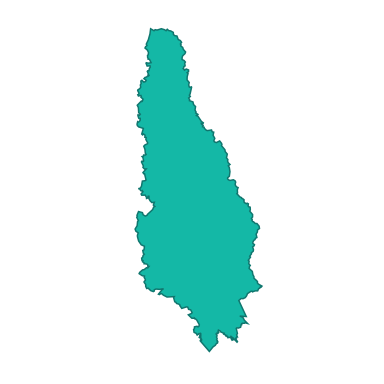 outline of Guachinango, Jalisco, Mexico, rotated 24°
{"feature_id": "50627088B196089850290", "entity_name": "Guachinango", "entity_type": "district", "adm_level": 2, "iso_a3": "MEX", "parent_name": "Mexico", "parent_adm1": "Jalisco", "projection": "albers", "projection_center": [-104.413, 20.697], "detail": "fine", "context": "isolated", "style": "filled", "palette": "teal", "viewbox_px": 384, "rotation_deg": 24, "n_neighbors": 0, "source": "geoboundaries", "source_scale": "gbopen_adm2", "svg_char_len": 6063}
<svg xmlns="http://www.w3.org/2000/svg" viewBox="0 0 384 384"><g transform="rotate(24 192 192)"><path d="M287.2,246.7L283.7,245.6L283.0,244.1L281.2,242.7L279.4,240.0L275.3,238.6L274.8,236.7L275.1,235.4L273.0,234.4L272.3,231.9L271.2,231.4L271.9,227.7L270.8,227.2L271.5,224.3L270.9,223.5L272.0,221.3L271.7,219.8L269.7,217.5L270.6,215.9L270.5,214.7L268.5,214.2L268.0,213.1L268.1,211.1L268.9,209.9L268.8,208.5L269.8,207.2L267.7,204.4L268.0,202.0L267.3,200.0L268.5,197.9L267.2,195.9L264.2,194.4L262.5,195.0L260.4,194.2L259.4,194.3L258.3,193.5L258.2,192.7L257.0,191.9L257.5,190.2L256.5,187.9L252.5,186.0L252.6,184.7L251.3,182.2L249.7,182.4L248.9,181.9L248.3,179.9L246.9,179.8L246.4,180.6L244.0,180.3L242.8,178.7L242.9,178.1L241.8,177.6L240.1,177.6L239.6,177.0L237.7,177.0L233.7,175.3L234.0,174.4L232.5,171.6L232.3,169.2L231.1,169.3L229.2,168.5L228.2,167.2L227.9,165.2L226.7,164.2L224.8,164.0L222.0,166.0L220.2,166.0L219.1,165.4L218.8,164.4L219.7,162.4L218.4,158.0L216.1,154.4L214.5,153.3L215.5,151.4L213.1,150.5L211.9,149.2L211.6,147.8L209.6,146.8L208.8,143.0L205.9,141.6L204.9,140.0L200.1,137.7L200.0,136.4L199.2,135.5L196.5,134.1L194.2,136.9L192.1,137.1L191.1,136.3L191.0,133.7L188.2,131.6L187.5,128.5L185.9,128.8L184.6,127.4L181.2,129.6L180.1,129.8L177.4,128.8L176.7,127.9L175.1,128.1L175.1,126.6L173.2,126.2L172.6,125.6L174.2,124.9L174.2,124.2L171.9,123.7L166.5,120.3L165.0,120.4L165.8,118.7L163.2,118.3L163.2,117.3L161.4,115.9L160.5,112.5L157.9,111.5L156.2,109.3L152.5,109.6L152.3,108.6L150.7,107.5L151.6,105.4L150.2,104.6L150.4,103.3L149.0,96.4L148.6,96.2L147.6,97.2L146.7,97.1L145.4,95.5L144.9,93.1L141.9,91.6L140.7,88.6L140.2,85.4L139.0,85.0L139.9,83.5L139.2,81.9L136.7,82.0L135.6,83.7L133.7,82.9L134.0,82.1L133.5,80.7L134.4,79.6L132.9,77.2L133.1,76.0L131.3,75.1L129.0,75.0L128.2,72.9L128.1,71.3L129.3,68.5L129.2,66.7L126.0,65.2L124.7,63.7L122.2,63.1L122.1,61.9L121.2,61.5L121.6,59.5L119.8,58.4L117.4,58.3L114.8,55.6L112.8,56.2L111.0,55.7L110.0,53.8L107.1,53.5L105.1,54.0L103.2,53.4L102.7,55.2L100.9,54.9L97.6,55.3L94.2,58.3L92.3,58.7L91.7,60.1L87.8,59.7L89.3,64.7L90.2,70.8L90.1,75.5L91.3,76.5L90.5,78.2L90.5,79.6L93.5,80.5L95.4,82.1L96.2,84.4L95.8,85.3L96.9,87.4L97.8,87.8L97.8,88.4L99.3,88.2L102.0,90.5L99.9,92.0L97.7,92.5L97.6,93.0L99.8,95.2L102.3,93.8L103.1,94.9L102.8,96.4L103.3,98.8L102.3,99.2L102.1,100.0L103.9,101.7L104.0,102.4L105.3,102.9L105.1,103.7L104.4,103.7L103.7,105.5L102.5,106.4L102.0,108.0L104.7,108.6L104.6,110.0L103.3,111.2L100.8,110.3L100.2,111.2L100.5,112.3L101.4,113.2L101.3,115.3L102.5,117.1L102.3,118.7L101.0,120.7L101.1,121.4L103.3,123.3L103.6,124.2L102.9,125.2L104.0,126.1L106.1,124.6L106.8,125.3L106.8,126.2L109.5,127.1L109.7,129.3L109.4,129.8L108.7,129.6L106.7,135.0L108.7,136.7L111.0,141.2L113.1,142.0L112.8,143.3L111.3,143.4L111.5,144.2L113.4,146.3L114.2,146.4L114.8,145.9L115.3,147.0L115.5,147.9L114.7,149.8L114.2,150.3L113.8,150.1L114.2,152.4L115.1,153.6L117.4,154.4L117.0,154.2L121.7,153.7L122.5,159.5L123.7,159.9L124.0,158.7L126.0,159.2L126.7,161.2L128.0,160.9L128.5,162.8L131.5,165.1L131.7,166.0L129.9,168.1L129.3,169.8L131.6,172.1L133.7,175.7L134.8,176.3L134.5,177.1L132.8,177.9L133.1,179.0L132.0,179.9L133.2,180.5L135.2,183.4L135.1,183.9L133.7,184.2L133.6,185.1L137.0,188.0L137.2,189.5L139.2,190.3L140.7,189.6L139.3,194.2L140.5,195.0L141.2,194.6L145.1,199.7L144.5,200.8L142.2,202.2L143.5,207.3L143.2,209.5L141.6,210.8L143.1,210.5L144.5,211.6L145.8,211.5L146.0,211.0L147.1,211.7L146.3,214.5L147.3,215.4L150.5,213.9L152.5,215.3L153.1,216.4L153.7,215.8L153.7,213.6L154.4,213.4L155.2,215.5L157.5,217.2L159.7,218.0L161.8,216.7L162.0,219.7L163.9,220.3L163.1,221.4L163.2,224.1L160.4,230.6L160.5,231.4L159.2,233.0L156.7,232.7L155.1,231.0L151.1,231.6L151.2,235.7L151.9,236.3L151.8,237.6L154.6,239.9L154.3,241.2L155.6,245.1L155.1,249.0L156.6,250.6L159.5,251.2L159.7,253.7L160.4,255.1L163.2,258.5L167.1,260.9L170.6,260.9L171.7,264.3L170.8,265.4L172.4,267.7L173.7,268.3L173.1,269.8L173.5,271.5L172.9,272.9L174.0,274.7L175.1,274.6L175.1,275.8L177.3,276.3L177.4,277.0L180.0,276.2L181.3,276.6L181.7,277.7L183.0,277.4L182.5,279.3L181.2,279.7L179.9,282.3L178.5,283.3L176.9,286.7L176.9,288.1L180.7,288.7L182.8,288.1L183.1,289.6L184.6,290.5L185.3,291.7L184.7,293.3L185.0,294.0L187.3,295.3L188.1,297.1L189.9,298.6L191.0,297.7L194.4,298.9L197.2,298.7L197.8,297.8L197.3,296.6L198.6,295.3L202.0,294.1L205.4,291.9L204.5,293.1L202.9,299.0L203.9,299.0L204.9,297.5L205.5,297.2L207.9,297.9L211.9,298.1L218.3,294.8L218.1,295.9L220.9,299.3L222.2,299.3L223.2,300.1L225.6,299.8L227.0,300.2L227.2,300.8L230.0,302.5L233.7,299.2L235.0,298.9L236.6,300.6L238.7,300.2L241.1,302.1L241.0,303.1L238.6,305.7L243.1,307.4L245.5,306.4L246.4,307.1L245.9,306.3L248.4,307.0L252.7,310.3L252.9,311.9L252.3,312.8L251.2,312.6L249.1,314.2L249.7,315.8L249.4,317.0L251.0,319.4L253.3,319.4L254.9,320.6L255.6,318.9L256.1,319.1L256.9,317.7L257.5,317.7L258.3,319.3L257.5,319.9L257.6,320.6L258.4,320.3L259.0,320.8L258.1,322.0L259.8,322.1L260.7,322.7L261.0,323.6L260.0,323.6L260.0,324.6L272.7,330.6L274.2,325.0L275.6,322.6L276.0,320.1L276.7,319.7L276.5,318.3L275.8,318.2L275.6,317.4L274.6,317.0L274.6,315.7L273.3,314.5L273.4,313.2L271.9,312.0L272.4,311.7L272.3,310.6L273.1,310.7L273.5,309.5L272.5,308.8L272.3,307.4L274.2,307.5L274.8,308.1L277.8,308.1L278.4,308.7L279.0,308.1L279.3,309.0L280.4,308.9L281.4,309.7L282.0,309.0L282.6,309.8L283.4,309.6L284.0,310.5L286.1,309.2L286.3,308.0L287.6,308.5L287.3,310.0L288.9,311.1L289.6,310.2L288.2,309.5L288.3,308.5L289.8,308.8L290.1,310.0L291.2,309.6L294.2,310.9L294.4,310.2L291.5,308.2L291.4,307.7L292.1,307.3L291.8,306.1L292.4,305.9L290.8,304.3L291.1,302.9L287.9,298.6L288.3,297.8L289.6,297.5L291.4,295.8L290.9,293.2L291.4,292.9L290.9,292.1L291.4,291.4L293.3,290.6L293.6,289.9L296.2,289.5L291.9,287.8L289.4,285.8L286.1,285.9L292.2,283.7L278.9,272.1L280.1,269.4L282.0,268.7L283.6,266.8L284.1,264.7L284.0,262.3L286.3,258.7L287.4,258.2L287.9,258.6L289.8,256.7L292.2,255.6L292.2,253.3L294.0,250.5L294.1,250.0L293.6,250.2L294.0,249.5L290.0,249.1L288.7,248.4L288.3,247.3L287.2,246.7Z" fill="#14b8a6" stroke="#0f766e" stroke-width="1.5"/></g></svg>